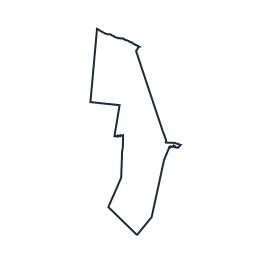 outline of Bom Jesus, Piauí, Brazil, rotated 71°
{"feature_id": "56859067B33119393246382", "entity_name": "Bom Jesus", "entity_type": "district", "adm_level": 2, "iso_a3": "BRA", "parent_name": "Brazil", "parent_adm1": "Piauí", "projection": "orthographic", "projection_center": [-44.755, -9.265], "detail": "fine", "context": "isolated", "style": "outline", "palette": "slate", "viewbox_px": 256, "rotation_deg": 71, "n_neighbors": 0, "source": "geoboundaries", "source_scale": "gbopen_adm2", "svg_char_len": 2119}
<svg xmlns="http://www.w3.org/2000/svg" viewBox="0 0 256 256"><g transform="rotate(71 128 128)"><path d="M24.1,125.0L50.9,137.0L68.1,144.7L70.8,145.9L91.3,155.1L103.7,128.5L131.3,143.5L131.5,143.0L131.8,142.1L132.3,141.6L132.0,141.2L132.5,140.8L132.3,140.2L132.6,139.9L131.9,139.7L132.4,138.9L133.0,138.1L132.6,138.0L132.3,137.5L132.6,137.2L133.0,137.0L133.1,136.5L133.2,135.5L133.2,135.0L135.2,135.7L144.1,139.0L149.0,141.5L162.9,146.8L166.9,148.4L172.7,150.6L185.0,161.8L190.0,166.5L196.4,172.3L212.5,164.2L231.3,154.7L231.6,154.3L231.9,154.0L227.2,146.4L221.6,137.3L220.0,134.7L189.1,115.9L188.6,115.6L175.6,107.8L170.1,104.4L160.8,96.2L160.1,95.3L159.8,95.0L159.7,94.5L159.4,94.8L159.1,93.9L159.5,93.5L159.9,93.8L159.6,93.0L159.8,92.2L160.1,92.5L160.3,92.1L159.9,91.7L159.8,90.9L159.4,90.5L159.9,90.1L160.4,89.7L160.7,90.0L161.2,90.3L161.6,89.7L161.9,89.2L162.3,88.8L162.3,88.4L162.3,88.0L162.5,87.4L162.9,87.2L161.1,83.7L157.1,89.0L155.5,93.4L154.8,95.3L154.0,97.0L153.5,96.9L153.1,96.5L152.5,96.1L151.6,95.9L150.6,95.9L150.0,96.1L149.4,96.1L148.9,96.1L148.5,96.0L148.1,95.9L147.5,96.0L146.6,95.9L145.4,96.1L144.6,96.1L144.1,96.2L115.9,95.9L104.7,95.8L103.0,95.8L94.0,95.7L57.9,95.3L57.5,95.0L57.0,94.3L56.5,93.4L56.0,92.9L55.4,92.5L55.0,92.0L54.9,91.4L54.9,90.9L54.6,91.2L54.2,91.4L53.9,91.6L53.6,92.1L52.9,92.8L52.3,93.1L52.1,93.8L51.4,94.1L51.2,94.5L50.8,94.8L50.2,95.1L49.8,95.8L48.8,96.1L48.5,96.4L48.3,96.8L48.0,97.2L47.6,97.5L47.4,97.9L47.1,98.4L46.4,98.6L46.0,99.2L45.5,99.7L44.8,100.4L44.5,100.7L44.2,101.3L43.8,101.9L43.2,102.4L42.8,102.5L42.6,103.1L42.2,103.3L41.7,103.4L41.7,103.8L41.3,104.6L41.3,105.1L41.1,105.4L40.8,106.1L40.4,106.3L40.1,107.0L40.2,107.5L39.7,108.3L39.3,108.6L38.8,109.5L38.4,109.8L38.2,110.3L37.5,110.8L37.1,111.4L36.6,111.4L36.1,112.0L35.8,112.5L35.2,113.0L34.9,113.3L33.7,114.0L33.6,114.6L33.3,115.3L33.2,115.8L32.8,116.4L32.5,117.1L32.2,117.4L31.8,118.0L31.5,118.3L31.3,118.8L30.7,119.3L30.3,119.6L28.9,120.9L28.5,121.4L28.0,121.8L27.4,122.2L26.7,122.8L26.4,123.3L25.8,123.6L25.2,124.1L24.9,124.4L24.5,124.5L24.1,125.0Z" fill="none" stroke="#1e293b" stroke-width="2"/></g></svg>